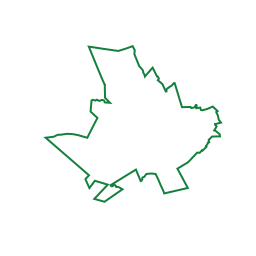 the district of Bulawayo, Bulawayo, Zimbabwe, rotated 314°
{"feature_id": "62879985B51719638002761", "entity_name": "Bulawayo", "entity_type": "district", "adm_level": 2, "iso_a3": "ZWE", "parent_name": "Zimbabwe", "parent_adm1": "Bulawayo", "projection": "natural_earth1", "projection_center": [28.57, -20.11], "detail": "fine", "context": "isolated", "style": "outline", "palette": "green", "viewbox_px": 256, "rotation_deg": 314, "n_neighbors": 0, "source": "geoboundaries", "source_scale": "gbopen_adm2", "svg_char_len": 2231}
<svg xmlns="http://www.w3.org/2000/svg" viewBox="0 0 256 256"><g transform="rotate(314 128 128)"><path d="M158.4,194.9L159.9,196.8L163.6,196.7L163.6,197.4L168.9,197.5L168.9,196.7L172.3,196.2L172.7,195.7L173.2,195.6L174.1,196.3L175.5,194.3L180.2,194.4L185.9,200.0L187.2,198.3L186.9,193.8L186.5,192.2L186.2,191.7L187.5,191.4L187.8,191.4L190.7,190.6L190.9,188.6L190.9,188.3L191.3,187.9L191.6,188.2L196.5,191.1L196.9,188.0L197.2,187.3L198.6,185.1L199.5,183.8L200.7,180.4L202.4,180.7L202.3,174.1L196.4,171.6L192.2,169.0L191.6,167.9L192.9,165.8L191.7,164.9L189.7,163.5L190.0,163.0L191.6,162.1L192.0,161.5L192.0,161.2L191.7,160.8L189.2,161.6L186.9,160.1L186.3,159.5L186.6,158.4L180.5,152.4L180.8,151.8L192.7,130.4L192.1,129.8L189.1,130.0L187.7,129.7L186.2,129.2L185.2,129.3L184.4,128.9L182.6,128.8L181.1,130.2L180.5,129.8L183.5,122.3L183.1,116.2L184.9,116.0L185.7,113.7L185.2,113.2L188.5,103.8L185.9,103.9L182.8,104.1L179.4,104.2L176.8,104.4L177.7,103.0L178.5,100.4L179.1,99.8L179.2,99.7L179.8,98.4L180.2,95.1L180.2,93.3L185.6,81.2L188.6,78.9L190.1,74.5L183.4,71.2L178.5,68.5L176.8,67.6L175.0,65.2L167.0,54.1L162.2,47.3L159.3,43.3L149.7,65.1L144.9,76.3L143.2,80.5L143.2,81.3L142.4,81.8L133.8,90.5L133.6,97.5L131.6,95.1L130.9,94.4L130.3,93.4L130.8,92.6L131.1,91.5L130.7,90.6L130.1,89.8L127.7,88.7L127.0,87.2L126.8,86.2L126.4,85.7L125.3,85.6L124.5,84.5L123.9,83.2L122.5,82.6L113.8,89.7L114.0,99.0L107.9,100.8L92.7,105.5L88.0,96.7L85.2,92.5L81.7,88.4L77.0,84.7L76.7,84.6L74.6,82.4L72.1,81.3L71.0,81.1L69.4,80.1L63.8,75.5L66.9,132.8L61.6,132.9L58.0,142.0L67.0,140.8L73.2,152.8L53.6,153.0L58.6,162.3L80.1,166.6L79.5,164.3L79.3,163.2L78.9,162.4L78.3,161.3L77.4,160.5L77.9,159.6L77.8,157.9L77.0,157.5L75.3,157.3L74.5,156.4L74.8,155.2L86.9,158.3L87.0,158.3L103.6,162.6L103.2,163.5L98.6,174.0L99.7,174.4L100.3,174.1L100.9,174.0L101.4,173.6L101.8,173.1L102.1,172.9L102.5,172.9L102.9,173.0L103.1,173.1L103.6,173.3L104.0,173.6L104.3,173.7L104.5,173.7L105.7,173.4L107.0,173.2L107.7,173.2L108.3,173.6L111.0,176.0L111.7,176.7L112.4,177.5L114.0,179.7L114.1,179.8L113.8,180.7L112.1,185.3L109.6,191.1L108.2,194.8L106.8,198.2L106.1,199.5L126.4,212.7L133.1,191.8L140.6,193.8L144.9,195.0L158.4,194.9Z" fill="none" stroke="#15803d" stroke-width="2"/></g></svg>